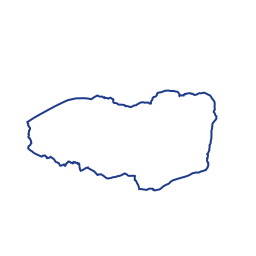 Sora, Boyacá, Colombia, rotated 32°
{"feature_id": "7082276B62780892273101", "entity_name": "Sora", "entity_type": "district", "adm_level": 2, "iso_a3": "COL", "parent_name": "Colombia", "parent_adm1": "Boyacá", "projection": "natural_earth1", "projection_center": [-73.444, 5.584], "detail": "fine", "context": "isolated", "style": "outline", "palette": "blue", "viewbox_px": 256, "rotation_deg": 32, "n_neighbors": 0, "source": "geoboundaries", "source_scale": "gbopen_adm2", "svg_char_len": 5710}
<svg xmlns="http://www.w3.org/2000/svg" viewBox="0 0 256 256"><g transform="rotate(32 128 128)"><path d="M170.0,173.9L170.7,173.3L172.1,172.6L175.3,171.2L175.9,171.1L176.5,170.6L177.1,169.9L177.4,169.3L178.1,168.2L181.0,166.5L181.6,166.4L181.9,166.4L182.2,167.0L182.4,167.2L183.1,167.0L184.2,166.4L187.2,163.4L187.5,162.9L188.2,161.2L188.5,159.9L189.1,158.2L190.8,155.4L191.9,153.9L192.4,152.6L192.5,151.4L193.2,149.7L193.9,148.5L197.0,144.8L202.5,138.7L204.6,136.1L206.7,132.2L209.0,129.9L211.5,128.3L212.1,127.7L212.4,127.0L212.7,126.5L213.1,126.0L214.2,124.9L215.3,123.4L216.2,122.6L216.3,122.3L216.3,121.4L216.2,120.9L216.4,119.9L216.5,119.4L216.4,119.0L216.0,118.3L216.0,117.3L215.9,117.1L215.5,116.4L215.2,116.0L214.9,115.7L214.4,115.4L214.4,114.9L214.0,114.7L213.0,114.5L212.8,114.3L212.0,113.2L211.8,112.8L211.7,112.4L211.5,112.1L211.5,111.7L211.1,111.7L211.1,110.9L210.8,110.0L210.7,109.5L210.0,108.4L209.8,108.2L209.6,108.1L209.2,108.3L209.0,108.2L209.3,107.7L208.8,103.9L208.6,103.6L208.4,103.2L208.1,102.9L207.4,101.0L207.0,100.3L206.3,99.6L206.3,99.4L206.3,98.4L206.1,97.2L205.9,96.7L204.9,94.8L204.6,93.6L204.3,92.8L204.1,92.6L203.2,90.9L201.9,88.8L201.6,88.2L201.0,87.5L200.2,86.0L199.8,84.6L199.5,83.7L197.9,80.7L197.5,79.8L197.4,78.9L197.6,76.7L198.0,74.2L197.9,73.3L197.8,72.9L197.3,72.2L197.0,71.4L196.8,71.2L196.5,71.1L195.6,71.0L195.3,70.9L194.7,70.4L193.8,69.6L193.4,69.4L192.3,69.0L192.1,68.8L192.0,68.6L191.9,68.0L191.9,66.7L191.9,66.4L191.1,65.5L190.7,64.7L189.9,63.8L189.0,61.9L187.6,60.1L186.9,59.7L184.9,58.8L183.7,58.5L183.0,58.2L182.1,57.6L181.0,57.2L180.3,57.0L179.5,57.0L178.5,57.2L176.3,57.3L174.0,57.7L173.5,58.0L171.5,59.9L170.2,60.6L169.8,61.0L169.5,61.5L168.7,62.9L168.2,63.5L167.6,64.1L166.9,64.7L166.2,64.9L165.8,64.9L165.1,64.6L164.8,64.6L163.7,65.4L163.3,65.5L162.9,65.4L161.6,65.9L159.5,67.8L159.2,68.1L159.0,68.7L158.9,68.9L158.2,68.9L158.1,69.0L157.8,69.9L157.8,70.3L158.0,70.8L158.0,71.0L157.5,71.3L156.7,71.4L155.8,72.4L155.0,72.5L154.8,72.6L154.6,73.6L154.4,73.5L153.8,72.2L153.3,71.9L151.5,71.2L150.7,71.1L150.3,71.2L149.2,71.8L147.3,72.3L146.9,72.5L146.4,73.0L145.8,73.1L145.4,73.5L144.6,74.0L143.2,74.5L142.3,74.9L139.9,76.6L139.3,77.2L139.1,77.6L137.0,80.3L136.1,80.9L134.8,82.3L134.8,82.6L134.7,82.7L134.5,82.8L134.5,83.2L134.8,84.6L135.1,85.3L135.0,85.7L134.7,86.5L134.3,87.3L134.1,87.5L133.7,87.8L133.3,88.1L133.1,89.9L133.4,90.4L133.6,90.8L133.5,93.2L134.0,94.3L134.2,94.9L134.4,95.1L133.8,95.7L133.5,95.8L132.9,95.8L132.0,95.7L131.6,95.8L130.4,96.5L128.7,97.7L127.5,98.0L126.9,98.4L126.2,98.9L125.3,99.6L124.7,100.5L123.2,103.3L123.0,104.0L122.9,104.2L122.3,104.8L121.0,106.0L120.1,107.7L119.8,108.1L119.0,108.9L118.6,109.1L117.5,109.3L117.1,109.5L116.2,109.6L115.3,110.2L114.7,110.4L114.1,110.9L113.6,110.4L112.2,110.6L111.4,111.1L110.8,111.3L107.5,113.2L107.2,113.2L106.2,113.0L105.7,113.0L105.3,113.0L104.7,113.2L103.7,113.8L102.7,114.1L102.3,114.1L101.9,113.9L101.4,113.4L101.3,113.2L101.1,112.7L100.9,112.4L100.7,111.7L100.3,111.5L100.1,111.5L99.6,111.8L99.2,111.8L98.3,111.5L97.4,111.5L96.9,111.7L96.8,111.8L96.7,112.2L96.2,112.7L95.8,113.5L95.6,113.6L94.7,113.6L93.1,114.2L92.9,114.5L92.2,114.7L91.9,114.6L91.9,115.1L91.3,115.0L90.7,115.2L90.1,115.0L89.6,115.0L87.4,116.3L86.3,116.6L84.7,116.7L84.3,117.6L83.0,119.7L82.3,121.6L81.9,122.1L81.7,123.0L77.6,124.6L74.5,126.3L68.1,130.5L62.3,136.2L59.9,139.7L54.1,149.0L46.2,163.0L42.9,169.1L39.8,175.7L39.5,176.3L40.2,176.9L40.9,177.1L41.2,177.3L41.5,178.0L41.5,178.3L41.8,178.6L43.1,179.2L43.9,179.6L44.6,179.7L44.9,180.0L45.4,180.8L45.6,181.2L45.6,181.6L45.4,182.1L45.4,182.4L45.8,183.2L46.0,183.9L46.4,184.3L46.5,184.7L46.6,185.6L46.7,185.8L46.8,186.0L47.6,186.2L47.8,186.5L48.0,187.0L48.1,188.1L48.4,188.5L49.0,188.9L49.5,188.9L50.1,188.8L50.5,188.9L51.0,189.4L52.7,190.4L53.0,190.8L53.2,191.4L54.0,191.9L54.1,192.2L54.0,193.3L54.0,194.6L53.9,195.1L53.4,196.0L53.6,197.4L53.9,197.8L54.4,198.2L54.9,198.4L57.3,198.7L59.4,198.7L61.0,199.0L62.3,199.0L67.6,198.4L68.7,198.2L69.4,198.2L69.6,198.1L70.0,197.5L70.5,197.3L70.6,197.1L70.5,196.6L71.0,196.3L71.7,195.5L72.6,195.3L72.9,195.4L73.0,195.7L73.3,195.8L74.6,195.7L74.8,195.9L75.2,196.5L75.4,196.5L75.5,196.4L75.9,196.0L76.8,195.2L77.2,194.3L77.5,193.5L77.7,193.4L78.2,193.6L79.8,193.5L82.0,193.8L83.7,194.6L84.6,195.0L84.8,195.0L85.5,194.8L87.1,194.6L88.4,194.6L88.8,194.9L90.0,195.8L90.4,195.9L90.9,195.6L91.5,195.1L92.3,193.8L92.9,193.1L93.0,192.9L94.0,193.4L94.4,193.5L94.7,193.4L94.8,192.9L94.6,191.7L94.7,191.1L94.6,190.4L94.9,190.1L95.0,189.8L95.1,189.3L95.1,188.3L95.2,188.1L96.2,187.6L96.6,187.5L96.8,187.5L97.3,187.8L98.2,187.7L98.3,187.6L99.0,186.9L99.2,187.0L99.8,187.3L100.0,187.2L100.3,186.6L100.2,186.1L100.0,185.7L100.1,185.4L100.3,185.4L101.0,185.6L101.3,185.2L101.5,185.0L102.2,185.2L102.3,185.2L102.8,184.9L103.1,184.5L103.3,184.4L103.5,184.4L103.6,184.5L104.3,185.0L104.5,184.8L104.7,184.3L105.0,184.1L105.5,184.2L105.9,184.5L106.0,184.8L106.5,185.5L108.4,187.7L109.7,188.9L110.7,189.3L112.2,187.0L113.6,184.1L113.9,183.7L114.4,183.4L114.8,182.9L115.0,183.2L116.6,183.0L119.7,182.9L121.7,182.7L123.2,182.9L126.9,184.0L127.2,183.9L127.3,183.3L127.7,183.0L128.0,182.9L128.7,182.3L128.9,182.2L129.6,181.6L129.8,181.5L132.3,181.5L135.9,181.9L137.0,181.8L138.1,181.2L139.8,179.6L141.4,177.7L142.4,176.9L143.5,176.1L144.3,174.7L145.2,174.1L147.0,172.1L147.5,171.4L149.1,168.5L149.4,168.2L149.9,168.3L151.3,168.0L152.9,168.3L153.5,168.3L154.1,168.1L154.8,167.7L157.5,165.9L159.2,165.0L159.6,165.5L159.7,165.9L160.3,167.0L160.8,167.8L161.0,167.9L161.4,168.5L161.8,168.3L162.7,168.6L164.3,169.5L165.0,170.1L166.1,170.6L166.3,170.6L167.0,171.1L168.3,172.3L169.3,173.1L170.0,173.9Z" fill="none" stroke="#1e3a8a" stroke-width="2"/></g></svg>